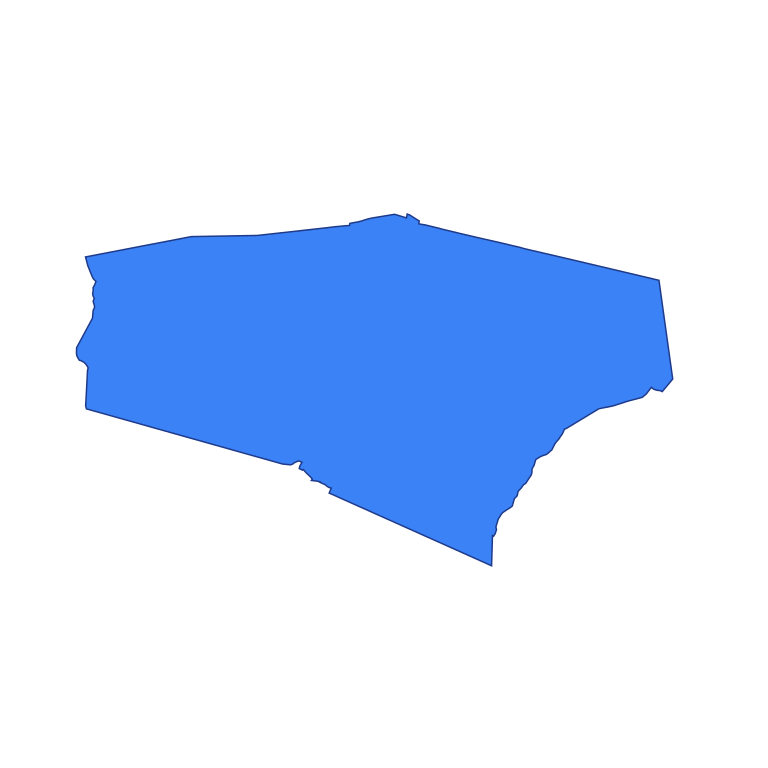 Abasolo, Nuevo León, Mexico (Robinson projection), rotated 254°
{"feature_id": "50627088B91827729191113", "entity_name": "Abasolo", "entity_type": "district", "adm_level": 2, "iso_a3": "MEX", "parent_name": "Mexico", "parent_adm1": "Nuevo León", "projection": "robinson", "projection_center": [-100.412, 25.94], "detail": "fine", "context": "isolated", "style": "filled", "palette": "blue", "viewbox_px": 768, "rotation_deg": 254, "n_neighbors": 0, "source": "geoboundaries", "source_scale": "gbopen_adm2", "svg_char_len": 2166}
<svg xmlns="http://www.w3.org/2000/svg" viewBox="0 0 768 768"><g transform="rotate(254 384 384)"><path d="M300.0,649.4L309.2,662.9L407.9,676.9L462.0,580.4L465.2,574.6L468.9,567.9L469.2,567.5L469.8,566.4L470.0,566.1L470.5,565.0L475.6,555.9L477.9,552.3L480.6,547.4L481.3,546.1L484.7,540.2L498.8,514.6L509.2,496.0L517.2,481.9L517.4,481.6L517.6,481.2L517.9,480.9L525.6,467.4L525.8,467.0L527.5,463.3L527.8,462.7L528.4,461.6L531.0,462.8L535.5,458.7L539.1,455.6L541.0,453.2L537.5,451.3L544.2,441.0L546.9,417.8L547.1,413.2L546.9,407.5L547.0,403.6L547.3,400.9L547.8,395.4L545.9,394.8L548.7,380.2L549.9,372.5L561.7,303.2L578.8,239.4L588.4,132.1L579.4,131.9L568.5,133.0L565.2,133.6L562.0,135.4L559.6,133.6L557.6,131.8L556.8,130.9L554.0,130.2L551.1,128.8L548.9,128.6L546.2,129.1L543.7,127.2L542.5,127.2L538.6,127.2L537.2,126.7L534.9,124.7L527.6,121.9L503.6,98.5L498.6,96.9L495.9,96.5L492.7,97.1L490.8,97.7L489.9,99.2L487.5,101.6L484.9,103.1L481.1,104.1L478.9,102.8L448.7,92.4L445.3,91.2L442.1,91.1L335.0,264.5L332.0,272.1L332.4,274.9L332.9,275.5L333.7,280.6L331.4,283.6L328.2,280.4L326.0,279.2L323.6,282.0L324.0,282.9L320.3,284.6L316.1,287.1L312.4,288.9L311.3,287.6L309.0,293.0L307.6,295.5L307.3,295.2L305.5,297.2L303.3,299.8L302.8,300.2L301.4,301.0L299.6,302.7L299.5,302.9L298.9,303.9L298.5,304.6L296.7,303.2L296.4,302.9L294.8,301.7L294.3,301.2L292.8,302.9L292.5,303.4L282.4,315.3L282.1,315.7L272.3,327.3L267.3,333.3L267.0,333.6L179.6,437.3L208.4,446.5L207.5,447.4L209.6,449.7L213.0,452.0L215.8,452.2L222.5,456.5L226.1,460.4L227.6,462.5L229.2,467.3L230.3,471.2L231.4,473.8L232.1,474.2L233.2,474.7L234.0,475.4L236.6,476.9L237.9,477.8L239.1,480.0L239.8,481.1L242.2,482.5L243.7,483.1L246.1,487.1L248.7,490.3L249.4,492.8L253.7,497.8L255.4,499.9L256.9,501.1L258.9,502.1L260.9,502.6L261.6,503.0L263.2,504.5L264.4,505.8L269.6,509.1L271.0,514.1L271.4,517.1L271.5,520.6L272.3,522.8L273.7,525.6L274.4,527.2L278.7,531.1L280.4,533.0L282.9,536.9L284.3,538.5L287.0,541.8L290.8,545.0L291.0,546.9L301.0,583.8L299.8,598.0L300.3,613.7L300.0,628.5L302.2,633.5L307.1,640.0L304.6,641.9L303.4,643.6L302.6,644.9L301.7,647.3L300.0,649.4Z" fill="#3b82f6" stroke="#1e3a8a" stroke-width="1.5"/></g></svg>